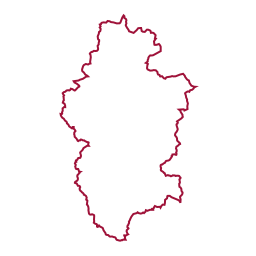 Cho Don, Bắc Kạn, Vietnam
{"feature_id": "81297802B41242908240864", "entity_name": "Cho Don", "entity_type": "district", "adm_level": 2, "iso_a3": "VNM", "parent_name": "Vietnam", "parent_adm1": "Bắc Kạn", "projection": "orthographic", "projection_center": [105.544, 22.187], "detail": "fine", "context": "isolated", "style": "outline", "palette": "rose", "viewbox_px": 256, "rotation_deg": 0, "n_neighbors": 0, "source": "geoboundaries", "source_scale": "gbopen_adm2", "svg_char_len": 5730}
<svg xmlns="http://www.w3.org/2000/svg" viewBox="0 0 256 256"><path d="M123.6,15.4L122.3,17.5L120.4,22.5L119.6,23.3L116.8,23.4L113.5,22.4L111.0,22.1L109.7,21.3L107.6,21.0L106.2,22.6L103.5,22.4L101.7,22.8L101.2,23.3L101.0,24.1L99.8,24.5L100.6,26.4L99.7,27.4L100.6,28.7L100.6,29.7L100.2,31.2L99.0,32.0L98.8,33.8L97.7,36.3L98.0,38.8L98.3,39.5L99.1,40.0L99.2,41.0L98.7,42.9L98.7,44.4L97.6,45.9L98.1,48.6L98.0,49.7L97.0,50.8L95.7,51.0L93.7,50.9L92.4,51.9L91.7,51.9L91.0,52.3L90.0,53.3L89.8,53.8L90.5,54.8L90.8,57.2L90.1,62.0L90.5,63.5L89.2,63.8L88.1,64.5L85.8,64.0L83.8,65.1L83.1,66.2L82.1,69.3L82.1,70.3L82.4,71.3L83.9,72.5L85.3,74.6L87.4,75.8L88.0,76.4L86.2,76.6L82.9,78.8L79.7,79.8L78.6,80.5L73.7,81.2L74.5,82.5L76.8,83.7L79.1,85.6L79.4,86.2L79.3,86.6L78.1,87.2L75.1,90.4L74.5,90.5L72.4,89.1L70.8,88.7L70.4,89.7L69.7,90.3L69.2,90.5L68.2,90.2L66.5,90.5L65.3,91.7L63.7,92.2L62.7,93.2L63.4,94.7L64.1,95.3L63.4,96.6L63.7,97.6L63.7,98.6L63.9,100.2L63.3,101.0L62.8,102.7L64.5,103.7L64.6,104.3L65.1,105.2L65.2,107.1L64.2,107.0L62.6,108.4L62.7,110.8L62.0,112.4L62.2,113.5L61.9,114.0L61.4,114.2L60.6,114.0L60.9,115.5L61.6,116.8L62.4,117.8L63.8,118.7L65.0,120.6L66.4,121.6L66.9,122.5L66.9,123.4L68.3,124.5L69.2,126.4L71.9,128.3L72.7,127.0L73.7,127.0L73.7,128.7L74.6,129.5L75.5,131.0L74.3,132.5L74.2,134.4L74.5,135.0L74.7,136.8L76.5,138.6L77.7,140.8L78.2,141.1L79.3,140.3L80.1,140.4L80.9,139.5L81.7,139.7L83.0,140.4L84.2,140.4L84.9,141.0L87.1,142.1L87.9,142.1L88.6,142.5L88.2,144.3L88.3,145.3L88.7,145.8L87.1,145.8L83.5,148.1L82.6,149.9L80.2,152.4L80.2,153.0L80.7,154.4L81.0,156.0L80.4,157.6L80.1,157.9L78.4,158.0L77.8,158.4L77.6,159.4L76.8,160.2L76.2,160.2L75.9,160.5L75.7,161.3L76.2,161.9L75.4,162.4L75.0,163.1L74.9,163.5L75.7,164.6L75.6,165.7L75.2,166.4L75.8,168.5L76.1,168.9L76.7,169.1L77.7,168.9L78.2,169.0L79.1,171.6L80.3,171.8L79.7,172.2L79.6,172.8L78.9,173.4L78.3,174.4L77.6,174.9L77.3,175.7L77.3,176.7L77.9,178.1L77.8,179.7L77.1,180.7L75.2,181.9L74.9,182.5L74.9,182.9L76.8,183.6L77.9,185.8L79.0,185.8L79.7,186.1L80.2,187.1L79.6,188.2L79.8,188.6L79.7,189.7L80.4,190.8L81.4,191.5L81.9,192.3L82.7,192.8L83.5,193.6L83.7,193.9L83.8,194.7L84.7,195.0L86.0,196.0L86.7,197.6L86.2,199.5L86.4,199.9L87.1,200.2L87.4,200.7L86.9,204.6L87.6,205.2L88.3,206.8L88.6,209.0L88.4,210.0L89.0,213.6L89.7,214.4L90.3,214.6L91.2,214.6L91.8,214.3L92.4,214.3L94.1,215.2L94.2,216.1L94.0,219.6L94.2,221.2L93.8,222.7L95.3,223.8L96.6,224.1L97.0,224.8L97.0,226.6L97.5,226.9L98.1,226.7L98.6,225.5L99.0,225.4L100.0,226.6L101.6,227.3L102.8,228.1L103.6,230.4L105.4,233.0L105.8,234.4L106.3,234.8L108.3,235.1L109.4,236.3L110.0,236.6L112.2,236.5L113.7,237.1L114.8,237.2L115.6,237.8L116.0,238.8L116.7,239.8L119.5,240.6L120.7,240.6L121.5,240.1L122.4,240.2L123.2,239.6L125.6,239.7L124.9,238.2L125.1,236.8L124.3,235.8L124.2,235.4L124.7,235.3L125.6,235.6L128.1,234.3L127.4,233.6L126.6,231.3L126.8,230.1L128.5,228.5L128.3,228.0L127.4,227.2L127.4,226.2L127.7,225.4L128.3,224.9L128.5,224.0L129.0,223.2L129.1,222.7L128.9,221.8L129.9,220.0L130.5,218.4L131.0,217.6L131.3,216.8L133.4,214.0L136.8,213.1L137.6,212.3L138.6,213.1L140.7,213.6L142.0,213.3L143.1,212.5L144.0,213.1L145.4,211.8L145.9,210.2L147.4,210.8L150.0,209.8L152.9,209.8L152.4,208.8L153.5,208.7L154.1,207.2L154.9,206.0L157.1,207.0L160.0,206.8L160.5,207.7L161.5,205.8L162.8,204.6L164.5,204.8L164.9,203.1L165.1,199.8L167.0,198.4L167.2,197.7L167.3,196.2L167.7,195.9L169.8,195.9L171.5,197.2L178.2,200.0L179.6,201.0L180.4,202.8L180.6,199.4L180.0,197.1L180.1,196.6L181.8,194.9L182.2,194.3L182.6,192.9L182.5,192.3L181.9,191.7L181.5,190.8L181.3,188.8L180.5,187.5L179.5,186.9L179.3,186.0L179.2,183.7L179.8,182.9L179.9,182.2L179.4,179.4L180.4,178.4L180.5,177.6L180.0,177.2L179.2,176.0L178.7,175.8L176.9,175.7L175.7,176.0L174.8,175.4L174.0,175.5L173.2,175.3L172.8,175.3L171.6,176.1L170.6,176.2L169.8,175.6L168.7,175.5L167.9,175.1L165.8,175.8L164.6,173.1L163.9,172.9L163.4,172.1L161.0,170.5L160.8,169.9L161.1,168.0L160.6,166.9L160.6,165.5L160.8,165.0L161.6,164.5L162.3,164.5L163.6,163.4L165.0,162.7L165.7,161.3L166.2,160.9L168.5,160.5L169.6,159.9L171.6,157.1L171.6,156.1L172.1,156.0L172.4,154.5L174.5,154.3L176.1,154.9L176.4,154.7L176.5,153.6L176.1,152.5L176.6,151.6L176.7,150.1L176.0,148.5L176.4,146.7L178.2,145.5L179.3,144.3L180.1,144.0L180.0,143.4L179.4,142.7L177.4,140.9L177.1,140.2L177.0,138.3L176.4,137.0L175.7,136.3L175.0,135.1L175.2,133.9L175.7,132.8L176.7,131.7L177.6,129.8L177.7,129.0L176.6,125.5L176.5,124.5L176.7,124.1L177.5,123.5L177.8,122.6L177.0,121.4L181.4,118.4L182.8,116.9L182.5,116.0L182.5,114.8L180.7,112.0L180.4,110.8L179.0,109.6L183.5,109.3L184.0,109.5L184.4,110.5L187.5,109.1L187.3,106.2L187.9,103.4L187.0,100.8L187.1,99.5L186.2,97.6L185.9,95.7L185.1,93.4L185.3,92.9L187.5,91.5L188.4,91.4L189.3,91.8L190.2,90.2L192.1,89.8L193.5,88.6L194.1,87.5L195.4,86.8L194.0,86.7L191.4,85.7L189.5,82.9L188.9,80.5L187.8,80.0L186.9,79.3L185.1,76.8L184.8,75.8L183.1,73.8L180.2,74.5L175.6,76.3L173.5,76.4L172.1,76.1L170.7,76.6L166.8,77.2L166.1,77.6L165.4,78.7L163.9,78.3L162.0,76.2L160.5,76.5L160.1,76.4L159.5,74.9L158.1,74.5L157.6,73.5L157.5,72.1L155.8,70.3L153.6,70.1L152.1,70.5L150.1,70.6L147.6,69.4L147.0,68.2L147.4,65.1L147.9,64.0L146.7,63.2L145.9,62.9L147.7,61.5L147.7,60.0L148.3,58.8L148.4,57.6L149.1,56.5L150.2,55.4L151.8,55.5L153.2,55.2L160.7,51.1L160.7,46.8L160.1,45.4L158.9,44.0L156.7,44.8L154.9,44.9L154.4,44.7L154.0,41.3L155.8,38.7L154.9,38.5L155.6,35.2L153.7,33.1L152.7,32.7L150.9,32.8L150.6,31.1L149.9,30.4L148.2,29.7L146.9,29.7L144.8,31.9L142.8,31.7L141.7,31.0L141.1,28.0L140.3,28.0L138.2,28.2L136.7,30.1L133.6,32.9L129.1,31.3L128.5,29.8L127.0,27.7L125.8,25.5L125.8,24.9L126.4,23.4L126.0,21.8L126.4,20.3L126.1,19.3L125.7,18.8L124.4,18.0L124.4,16.2L123.6,15.4Z" fill="none" stroke="#9f1239" stroke-width="2"/></svg>